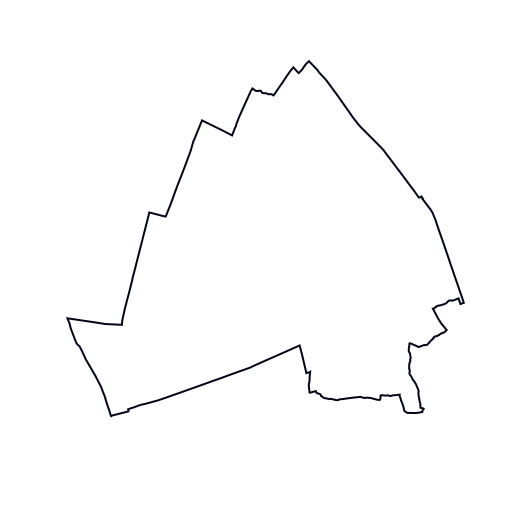 outline of Sapoca, Buzau, Romania, rotated 170°
{"feature_id": "2599482B44441354479305", "entity_name": "Sapoca", "entity_type": "district", "adm_level": 2, "iso_a3": "ROU", "parent_name": "Romania", "parent_adm1": "Buzau", "projection": "albers", "projection_center": [26.759, 45.229], "detail": "fine", "context": "isolated", "style": "outline", "palette": "ink", "viewbox_px": 512, "rotation_deg": 170, "n_neighbors": 0, "source": "geoboundaries", "source_scale": "gbopen_adm2", "svg_char_len": 5917}
<svg xmlns="http://www.w3.org/2000/svg" viewBox="0 0 512 512"><g transform="rotate(170 256 256)"><path d="M452.5,227.4L451.3,221.6L451.0,216.7L448.4,203.2L447.9,201.2L447.1,199.7L445.5,197.8L443.6,191.8L441.6,183.8L436.9,171.2L436.4,169.7L435.1,166.2L433.1,159.8L431.2,153.7L430.3,148.6L429.9,146.6L429.5,145.1L428.8,139.3L428.5,136.8L428.0,133.3L427.5,130.7L427.3,129.3L427.1,127.3L426.7,124.0L426.4,123.4L425.1,123.9L408.8,125.1L408.5,125.2L408.5,127.3L405.2,127.8L402.3,128.2L398.6,128.9L396.1,129.3L393.6,129.6L392.8,129.5L390.9,129.6L377.9,130.8L368.9,132.2L344.9,136.2L323.2,139.9L320.6,140.4L314.7,141.3L303.0,143.4L291.4,145.4L281.2,147.1L279.3,147.7L265.5,151.2L249.5,155.1L239.1,157.7L228.6,160.3L228.4,158.4L227.7,149.4L227.3,142.2L227.1,138.2L226.7,131.9L224.1,132.2L223.3,132.3L222.8,132.5L224.2,127.5L224.4,126.2L224.7,125.0L225.0,123.8L225.5,122.2L226.1,121.0L226.4,119.8L226.6,117.8L226.7,116.2L226.8,114.6L226.9,113.3L226.9,112.1L226.6,112.0L222.4,112.4L220.5,112.5L220.5,111.7L220.4,111.4L220.2,110.9L219.9,110.5L219.4,110.1L218.5,109.8L217.5,109.1L217.1,108.9L216.7,108.6L216.4,108.2L216.2,107.7L216.2,106.7L215.6,106.4L215.0,105.8L214.7,105.3L214.5,105.0L214.1,104.7L213.2,104.2L212.7,104.0L212.3,103.9L211.7,103.6L209.6,102.8L209.2,102.6L208.4,102.3L207.9,102.4L206.9,102.3L205.7,101.8L205.6,101.7L205.1,101.4L204.3,101.2L203.9,101.0L203.6,100.9L203.0,100.5L202.0,100.1L201.5,100.0L201.2,99.9L200.8,99.9L200.5,99.9L199.8,99.9L199.2,100.3L196.3,100.1L194.2,100.0L190.2,99.9L186.2,99.7L184.5,99.6L182.7,99.5L181.5,99.4L177.8,99.1L176.6,98.7L175.7,98.1L175.1,97.8L173.8,97.4L173.3,97.3L172.0,97.3L170.8,97.1L169.7,96.8L168.6,96.5L167.3,96.1L166.8,95.9L165.6,95.2L164.4,94.7L163.7,94.4L161.8,93.5L160.9,93.2L159.5,92.8L158.7,93.0L158.2,94.3L158.0,95.0L157.7,95.6L157.7,96.4L157.4,97.1L157.2,97.1L155.1,96.8L153.8,96.3L152.7,96.0L151.6,96.0L150.7,96.0L149.9,95.7L149.0,95.3L148.3,94.8L148.2,94.7L145.6,95.0L141.8,94.7L140.6,94.6L138.6,94.5L138.8,94.0L138.9,93.6L138.8,92.9L138.4,90.4L138.3,89.6L138.2,88.3L137.5,85.6L137.4,84.6L137.2,83.0L137.1,82.6L136.9,81.8L137.0,81.4L136.9,78.7L136.7,77.6L136.4,77.2L134.8,75.7L134.3,75.3L133.3,75.0L132.3,74.9L131.1,74.6L130.3,74.5L130.1,74.5L129.4,74.3L127.9,74.0L125.6,73.6L124.2,73.5L122.9,73.5L121.6,73.4L120.4,73.5L120.0,73.5L119.5,73.5L119.3,73.6L119.3,73.8L119.1,74.2L119.0,74.6L118.6,75.3L118.2,75.7L117.7,76.0L117.4,76.3L117.7,76.7L118.0,77.0L119.0,77.4L119.4,77.5L120.3,78.0L120.3,78.3L120.3,79.3L120.0,80.7L119.9,81.8L119.8,82.4L119.9,83.0L120.1,83.9L120.1,85.4L120.0,86.1L120.0,86.5L120.2,87.2L120.2,87.4L120.0,87.8L120.0,88.5L120.1,89.0L120.1,90.4L120.0,90.8L120.0,92.4L119.9,92.9L119.5,94.0L119.3,94.8L119.5,95.9L119.5,96.8L119.8,98.0L120.2,99.4L120.5,100.8L120.6,101.7L120.8,102.2L121.2,102.8L121.4,103.3L121.4,103.7L121.5,104.1L122.0,105.0L122.5,106.1L122.7,106.6L123.1,107.2L123.3,107.8L123.5,108.7L124.3,111.1L124.7,111.7L125.0,112.2L125.2,112.5L125.2,113.5L125.2,114.0L125.1,114.7L124.5,116.0L124.4,116.4L124.6,117.1L124.5,117.5L124.7,118.2L124.7,118.8L124.4,120.3L124.1,121.5L124.1,122.1L123.7,123.0L123.5,123.9L123.1,124.4L122.5,125.1L122.3,125.4L122.3,126.4L122.3,126.8L121.9,127.7L121.5,128.4L121.4,129.3L121.3,130.0L121.4,131.6L121.3,131.9L121.2,132.3L121.3,132.8L121.3,133.1L121.3,133.5L121.7,134.5L122.0,135.0L122.0,135.5L122.0,136.2L121.8,137.0L121.6,138.3L120.9,140.3L120.6,140.8L120.5,141.5L120.3,142.3L120.1,143.1L119.8,143.4L118.6,142.8L117.9,142.4L116.7,141.6L116.4,141.3L116.0,141.0L115.6,140.7L114.7,140.3L114.0,139.9L113.7,139.5L113.3,139.3L112.8,139.1L112.6,138.7L111.9,138.1L105.9,139.1L104.6,138.8L103.0,138.8L102.5,139.1L101.8,139.7L101.4,140.0L101.0,140.2L100.3,140.8L99.5,141.5L98.7,142.0L98.1,142.6L97.6,142.9L96.9,143.1L96.5,143.4L96.1,144.0L95.8,144.4L95.1,144.5L94.9,145.1L94.1,145.6L92.8,145.7L91.7,145.8L90.9,146.0L89.6,146.3L89.5,146.6L88.3,147.0L87.8,147.2L87.1,147.5L86.8,147.7L86.3,147.8L85.9,147.8L84.2,148.0L83.3,148.4L81.7,149.6L81.1,150.0L85.3,157.5L87.2,162.0L88.0,164.3L89.7,169.6L90.9,173.4L89.5,173.5L88.9,174.0L88.4,174.4L88.2,174.4L87.5,174.6L86.4,175.3L85.3,175.3L84.3,175.5L83.1,175.4L78.9,175.9L76.9,176.4L76.3,176.9L74.8,178.0L73.7,178.5L72.5,178.5L71.6,178.4L70.9,178.2L70.3,177.8L63.9,179.1L63.0,173.2L59.5,173.8L59.8,176.2L62.5,193.3L65.5,212.1L66.8,220.8L69.7,239.4L71.6,250.8L73.1,260.8L73.5,262.8L74.3,266.4L74.5,267.5L76.0,271.4L82.3,283.6L82.2,283.9L81.9,284.0L82.7,285.7L82.9,285.5L85.5,285.3L89.4,293.5L91.5,297.6L93.7,302.0L95.9,306.4L103.4,321.1L109.2,332.5L111.9,337.8L113.2,340.0L119.3,348.8L123.4,354.7L130.1,364.2L132.1,367.4L134.8,372.4L136.5,375.6L138.3,379.6L144.7,393.2L147.4,399.0L156.1,416.6L157.7,419.2L162.0,425.8L163.2,428.4L164.5,430.4L165.6,432.1L170.0,438.6L173.2,436.6L177.0,433.0L177.7,432.0L181.2,429.4L181.6,429.1L182.3,428.7L185.3,433.4L186.4,435.3L188.8,433.4L189.2,433.0L190.1,432.2L191.7,430.6L194.1,428.2L198.2,423.9L200.0,422.0L201.9,420.1L204.4,417.6L204.8,417.3L205.4,416.6L206.2,415.8L206.6,415.3L207.3,414.7L207.6,414.4L208.1,413.8L210.8,411.1L212.2,412.2L213.3,412.9L215.6,413.1L216.6,413.7L217.3,414.3L217.8,414.5L219.0,414.8L219.4,414.8L219.6,414.9L219.7,415.0L219.9,415.1L220.9,415.2L221.4,415.5L221.8,415.9L222.5,417.7L223.0,418.0L223.4,418.2L224.0,418.2L224.8,418.1L225.3,418.1L226.3,418.3L227.1,418.5L227.3,418.5L228.3,419.4L228.8,420.0L230.1,421.2L230.4,421.6L232.4,419.3L233.0,418.6L234.4,416.5L238.1,411.1L241.0,406.9L248.7,395.5L252.1,389.8L253.1,387.9L253.4,387.1L254.7,385.4L258.6,378.9L267.0,385.3L285.6,398.9L292.7,387.7L295.4,383.2L297.7,379.9L298.8,377.7L302.1,370.9L310.1,357.2L315.5,348.2L320.3,340.4L322.5,336.7L331.1,321.8L331.3,321.4L338.1,310.5L341.4,311.9L353.5,317.4L357.3,308.9L370.3,280.1L379.4,259.9L380.5,257.8L382.2,253.5L388.1,240.3L391.0,234.2L394.3,226.9L396.0,222.8L399.1,215.2L399.1,214.8L399.9,212.2L400.0,211.5L416.3,215.2L425.8,218.5L440.9,223.5L452.5,227.4Z" fill="none" stroke="#020617" stroke-width="2"/></g></svg>